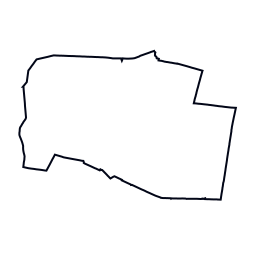 Coacalco de Berriozábal, México, Mexico (Mercator projection), rotated 87°
{"feature_id": "50627088B41912886013432", "entity_name": "Coacalco de Berriozábal", "entity_type": "district", "adm_level": 2, "iso_a3": "MEX", "parent_name": "Mexico", "parent_adm1": "México", "projection": "mercator", "projection_center": [-99.1, 19.626], "detail": "fine", "context": "isolated", "style": "outline", "palette": "ink", "viewbox_px": 256, "rotation_deg": 87, "n_neighbors": 0, "source": "geoboundaries", "source_scale": "gbopen_adm2", "svg_char_len": 5272}
<svg xmlns="http://www.w3.org/2000/svg" viewBox="0 0 256 256"><g transform="rotate(87 128 128)"><path d="M81.2,230.7L81.2,230.2L83.9,230.2L86.6,230.1L89.3,230.0L92.1,229.9L94.9,229.8L97.7,229.7L100.6,229.7L103.4,229.6L106.2,229.5L109.0,229.4L111.8,229.3L112.3,229.3L113.1,229.6L113.6,229.8L114.7,230.6L115.4,231.2L116.5,232.1L117.4,232.6L118.7,233.6L120.2,234.5L121.5,235.5L122.4,235.9L123.2,236.1L124.0,236.2L125.7,236.4L127.0,236.7L128.5,236.8L129.1,236.8L129.8,236.7L130.5,236.5L131.2,236.3L133.4,235.5L134.1,235.3L135.6,234.8L136.6,234.5L137.8,234.2L139.2,233.9L140.1,233.7L141.4,233.7L142.1,233.8L143.1,233.8L144.2,233.8L145.2,233.7L146.1,233.6L147.4,233.4L148.4,233.2L149.2,233.0L150.0,232.9L150.6,232.8L151.3,232.8L152.5,233.0L153.6,233.1L154.4,233.2L155.9,233.6L156.7,233.8L158.0,234.0L159.8,234.3L161.5,234.6L162.2,232.2L162.9,229.7L163.5,226.7L163.9,224.3L164.5,221.5L164.9,219.0L165.3,216.8L165.7,214.9L166.1,213.1L166.3,211.7L160.4,208.1L157.0,206.1L155.1,205.0L153.7,204.1L152.7,203.5L150.8,202.4L153.2,195.5L153.9,193.9L154.3,192.3L156.0,185.2L157.7,178.0L158.3,175.8L158.5,174.3L159.8,173.9L160.6,174.0L161.2,173.1L162.3,171.0L164.3,167.1L166.5,163.0L166.9,162.0L167.8,160.4L168.8,158.5L168.3,158.2L167.8,157.8L168.0,157.5L168.0,157.4L168.2,157.2L168.5,157.1L168.6,156.5L168.6,156.3L168.6,156.0L169.0,155.6L169.3,155.4L169.8,154.9L170.2,154.5L170.7,154.2L171.0,153.8L171.5,153.5L171.8,153.1L172.4,152.6L172.7,152.4L173.2,151.9L173.8,151.4L174.1,151.2L174.7,150.7L174.9,150.5L175.5,149.9L175.8,149.7L176.4,149.2L176.6,149.0L177.1,148.6L177.5,148.2L176.0,145.4L175.5,144.1L175.6,143.9L175.7,143.7L175.9,143.3L176.6,142.0L178.1,139.3L178.3,138.8L178.6,138.3L178.8,137.9L179.0,137.6L179.5,136.7L180.0,136.9L180.5,135.9L182.8,131.6L183.9,129.5L184.5,128.3L184.8,127.9L185.1,127.9L185.1,126.8L185.3,126.6L185.7,125.7L186.2,124.8L189.9,117.9L190.2,117.3L190.9,115.8L191.7,114.3L192.6,112.8L193.3,111.4L194.3,109.4L195.0,108.1L195.1,107.9L195.4,107.3L196.8,104.6L197.4,103.3L197.8,102.3L199.0,99.4L199.3,99.1L199.4,98.9L199.4,98.6L199.5,98.0L199.7,97.7L200.1,92.3L200.4,89.0L200.9,88.7L200.6,88.2L201.2,79.3L201.2,78.1L201.4,74.7L201.6,73.9L201.8,73.4L201.9,71.1L202.0,68.7L202.2,65.5L202.3,63.0L202.6,60.2L202.7,59.2L202.7,57.6L202.5,57.8L202.4,57.7L202.4,57.4L202.4,56.9L202.5,56.6L202.6,56.3L202.8,55.9L202.4,55.3L202.3,54.9L202.7,55.0L203.0,55.0L203.2,53.1L203.4,50.3L203.6,48.6L203.8,45.8L204.0,42.7L204.1,42.4L204.4,39.2L202.5,38.8L202.4,38.8L201.4,38.6L199.5,38.2L198.4,38.0L197.7,37.8L197.2,37.7L196.3,37.5L196.0,37.4L194.9,37.2L194.6,37.1L193.5,36.9L192.3,36.7L191.7,36.5L191.2,36.4L190.1,36.2L189.7,36.1L188.5,35.9L188.4,35.9L187.9,35.8L187.3,35.6L186.6,35.3L186.2,35.2L185.0,34.9L184.5,34.8L183.3,34.6L181.4,34.2L180.6,34.0L178.0,33.5L175.2,32.9L174.6,32.8L174.0,32.7L173.0,32.5L172.2,32.3L171.5,32.2L170.3,31.9L169.2,31.7L168.4,31.5L167.9,31.4L167.4,31.3L166.0,31.0L165.0,30.8L164.2,30.7L163.2,30.5L162.3,30.3L161.2,30.1L160.4,29.9L159.4,29.7L158.8,29.6L158.4,29.5L158.1,29.4L157.4,29.3L156.6,29.1L156.2,29.0L154.6,28.7L153.5,28.5L152.7,28.3L151.9,28.1L151.1,27.9L150.9,27.9L150.7,27.8L149.7,27.6L148.8,27.5L147.9,27.3L146.5,27.0L145.9,26.9L145.0,26.7L144.1,26.5L143.1,26.3L142.2,26.1L141.3,25.9L140.8,25.8L140.4,25.7L139.8,25.6L139.4,25.5L138.4,25.3L137.6,25.1L136.6,24.9L135.2,24.8L134.2,24.5L133.0,24.3L132.0,24.1L129.3,23.4L128.8,23.3L128.4,23.2L125.0,22.3L123.8,22.0L122.7,21.7L122.0,21.5L121.6,21.4L120.2,21.0L115.3,19.7L113.5,19.2L113.3,21.2L113.1,22.9L113.0,24.0L112.5,27.0L112.0,30.1L111.5,32.7L111.4,33.2L111.0,36.0L110.5,38.4L110.4,39.1L109.8,42.1L109.6,43.3L109.5,43.7L109.1,46.2L108.9,47.0L108.4,50.2L108.1,52.0L107.9,53.2L107.7,54.3L107.5,56.1L107.0,59.0L106.8,61.0L104.0,60.2L103.3,60.0L103.1,60.0L102.8,59.9L100.8,59.2L100.5,59.1L100.1,58.9L98.6,58.5L96.9,57.9L96.3,57.8L95.0,57.4L93.1,56.8L92.5,56.6L92.0,56.4L91.7,56.3L90.9,56.0L90.6,55.9L89.9,55.7L87.7,55.0L87.3,54.9L83.6,53.6L83.2,53.5L82.2,53.2L79.6,52.3L78.1,51.8L77.8,51.7L77.7,51.7L76.5,51.2L75.4,50.9L74.7,50.6L72.0,58.4L71.1,61.2L70.6,62.5L69.3,66.2L68.2,69.5L67.3,72.2L66.4,74.9L66.5,74.9L66.4,75.7L66.2,76.3L65.8,78.3L65.4,79.9L65.0,81.5L64.9,82.3L64.5,83.9L64.2,85.2L64.1,86.1L63.9,86.8L63.6,88.2L63.2,89.2L63.0,90.0L62.6,91.3L62.5,92.2L62.2,93.6L62.1,94.0L60.5,93.6L60.3,94.2L60.1,94.6L60.0,94.9L60.1,95.3L59.9,95.7L58.5,95.9L58.2,96.0L58.0,96.3L57.7,96.8L57.4,97.0L57.0,97.2L56.6,97.3L56.1,97.2L55.8,97.1L55.3,97.1L54.8,97.1L54.0,96.7L53.8,96.8L53.1,97.6L52.8,97.8L52.4,97.9L53.0,100.0L53.2,101.0L53.4,101.4L54.1,103.6L54.5,105.0L54.9,106.4L55.7,109.1L55.8,109.4L56.5,111.9L57.3,113.4L57.7,114.9L58.0,115.7L58.1,116.1L58.6,117.7L58.8,119.8L58.8,122.8L58.8,123.5L58.7,125.5L58.5,127.5L58.2,129.7L59.1,130.0L59.5,130.1L60.5,130.6L59.2,131.0L58.2,131.2L58.2,131.3L58.1,131.5L57.9,135.3L57.7,139.5L57.3,141.3L56.8,143.9L56.4,146.5L56.1,149.1L55.9,151.7L55.6,154.3L55.4,157.0L55.1,159.6L54.9,162.2L54.7,164.9L54.4,167.5L54.2,170.1L53.9,172.7L53.7,175.4L53.4,178.0L53.2,180.6L53.0,183.3L52.7,186.3L52.4,189.3L52.2,192.3L51.9,195.4L51.6,198.4L52.1,201.3L52.7,204.2L53.2,207.1L53.7,210.0L54.2,212.9L54.7,215.7L56.8,217.5L59.0,219.2L61.1,221.0L63.3,222.7L65.4,224.5L69.6,225.3L73.3,226.0L76.4,226.6L76.9,226.7L81.2,230.7Z" fill="none" stroke="#020617" stroke-width="2"/></g></svg>